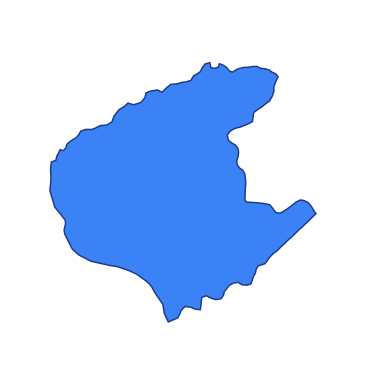 Planura, Minas Gerais, Brazil (Equal Earth projection), rotated 60°
{"feature_id": "56859067B88533243460253", "entity_name": "Planura", "entity_type": "district", "adm_level": 2, "iso_a3": "BRA", "parent_name": "Brazil", "parent_adm1": "Minas Gerais", "projection": "equal_earth", "projection_center": [-48.641, -20.071], "detail": "fine", "context": "isolated", "style": "filled", "palette": "blue", "viewbox_px": 384, "rotation_deg": 60, "n_neighbors": 0, "source": "geoboundaries", "source_scale": "gbopen_adm2", "svg_char_len": 2326}
<svg xmlns="http://www.w3.org/2000/svg" viewBox="0 0 384 384"><g transform="rotate(60 192 192)"><path d="M272.8,95.5L269.4,95.8L265.6,95.8L262.1,96.1L259.0,96.9L255.8,98.9L253.1,102.1L252.7,106.8L253.6,111.9L254.1,116.8L254.6,121.6L254.4,126.4L251.7,129.7L247.7,130.1L241.9,131.0L237.9,135.5L234.9,139.6L230.9,145.4L228.1,149.8L225.2,150.1L222.4,148.3L219.0,146.2L215.3,143.8L212.2,141.6L208.1,139.4L202.7,137.2L198.4,137.2L195.3,138.7L191.2,139.3L187.5,137.8L184.0,134.0L180.2,131.4L176.8,130.4L172.9,131.0L169.5,133.1L165.8,134.6L160.4,133.1L158.4,128.6L158.3,123.3L159.9,117.7L161.0,110.4L161.3,104.5L158.2,102.1L154.0,98.8L153.4,93.5L153.2,89.5L152.6,85.4L151.9,79.2L148.9,74.2L145.5,70.6L142.0,68.6L138.7,64.8L135.2,59.8L131.3,60.5L128.2,62.8L124.7,64.3L121.4,67.6L119.2,70.8L115.7,72.9L113.6,76.8L112.4,80.3L109.9,85.1L108.2,91.6L108.4,97.0L105.8,99.2L101.7,99.7L97.8,101.5L94.6,104.2L97.0,106.8L96.2,110.8L93.7,113.4L88.9,111.9L87.7,116.6L89.2,120.5L91.9,124.5L92.3,128.4L92.2,132.5L94.8,137.2L93.8,141.7L92.3,145.4L90.7,151.2L88.2,156.5L89.1,162.3L90.7,168.1L86.4,170.9L83.8,177.7L83.2,182.2L86.8,185.6L88.9,191.6L87.3,198.9L83.0,203.0L84.1,207.9L84.2,214.1L87.3,221.6L91.2,226.1L91.4,232.3L88.6,238.3L88.4,243.3L87.8,247.3L84.5,253.1L83.7,258.0L85.9,261.7L87.0,265.5L87.2,271.9L88.1,276.7L90.7,279.0L91.9,282.7L89.4,285.0L91.6,288.2L93.4,291.2L96.4,293.8L95.8,298.9L100.3,302.2L103.3,304.1L107.6,306.2L110.6,307.9L115.4,311.2L119.5,314.3L123.2,315.2L136.5,318.4L146.4,316.8L153.1,315.9L156.3,317.4L161.0,321.8L164.7,323.2L177.3,324.0L181.1,324.2L185.7,322.9L190.2,321.3L201.4,314.2L215.3,299.0L219.1,294.2L228.0,286.3L235.5,281.0L246.7,276.0L250.8,274.7L254.2,274.3L257.6,274.4L260.9,274.5L274.8,273.4L283.4,276.7L292.7,277.5L293.2,273.2L293.9,267.5L291.7,263.8L289.1,260.6L287.7,255.4L291.1,250.7L295.1,247.7L298.1,243.7L294.6,240.9L291.6,238.8L288.2,236.2L289.0,231.5L293.0,228.9L297.0,225.3L299.0,220.1L297.0,216.1L294.4,213.9L293.0,210.1L291.4,205.8L291.7,201.5L293.4,197.2L297.3,195.1L300.2,191.0L301.0,187.0L298.6,184.0L295.9,181.1L293.8,177.5L291.3,175.4L289.0,171.7L290.6,164.7L287.3,157.3L285.9,152.2L285.4,147.3L283.9,142.0L283.1,138.1L282.0,134.4L281.0,129.5L279.8,124.6L278.5,119.2L277.4,114.3L276.3,109.8L275.4,105.7L274.0,100.7L272.8,95.5Z" fill="#3b82f6" stroke="#1e3a8a" stroke-width="1.5"/></g></svg>